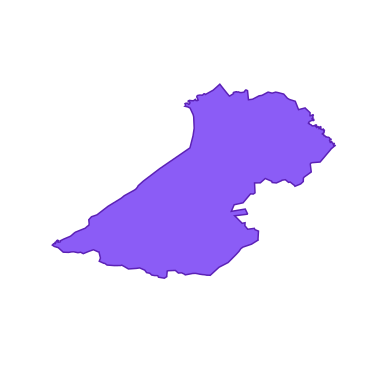 the district of Jakusko, Yobe, Nigeria, rotated 61°
{"feature_id": "59680162B40329870656537", "entity_name": "Jakusko", "entity_type": "district", "adm_level": 2, "iso_a3": "NGA", "parent_name": "Nigeria", "parent_adm1": "Yobe", "projection": "equal_earth", "projection_center": [10.871, 12.419], "detail": "fine", "context": "isolated", "style": "filled", "palette": "violet", "viewbox_px": 384, "rotation_deg": 61, "n_neighbors": 0, "source": "geoboundaries", "source_scale": "gbopen_adm2", "svg_char_len": 5848}
<svg xmlns="http://www.w3.org/2000/svg" viewBox="0 0 384 384"><g transform="rotate(61 192 192)"><path d="M273.7,216.4L270.9,204.8L271.2,194.6L268.0,183.6L266.7,179.7L265.2,176.7L264.9,174.1L266.5,165.2L266.1,157.4L265.5,157.3L258.4,152.8L257.3,153.7L255.6,155.1L254.9,155.2L254.0,155.1L251.6,161.3L247.1,162.1L244.6,160.5L243.7,163.3L233.5,166.2L238.2,154.5L237.9,154.0L232.7,153.7L228.0,167.0L223.6,161.3L226.2,152.6L222.0,141.7L223.5,139.4L223.3,137.3L214.4,132.9L217.1,127.8L217.0,127.2L215.7,121.4L221.2,117.1L222.6,117.3L225.0,113.8L225.5,108.1L225.3,107.6L226.5,104.4L230.4,102.9L230.9,101.3L236.0,99.2L236.9,99.2L237.6,93.5L237.6,92.8L236.8,89.6L233.8,87.8L233.3,86.5L232.3,78.0L224.9,75.0L224.4,74.3L224.5,73.0L224.7,72.5L227.9,65.4L222.0,49.9L221.8,49.7L221.0,45.6L220.9,45.1L220.9,44.6L220.7,44.3L220.4,44.6L220.3,45.0L220.3,45.3L220.4,45.5L220.1,45.6L219.8,45.3L219.5,45.1L219.2,45.1L219.0,45.3L218.7,45.3L218.8,44.9L218.9,44.5L218.8,44.2L218.6,44.1L218.3,44.2L218.2,44.6L218.0,44.9L218.0,45.1L217.5,45.3L217.0,45.5L216.4,45.4L215.7,45.4L215.3,45.5L215.2,45.7L215.5,46.0L215.7,46.3L215.9,46.5L215.9,46.8L215.8,47.0L214.8,46.9L214.2,46.7L213.5,46.7L213.3,46.5L213.2,46.1L213.2,45.8L213.2,45.5L213.3,45.3L213.4,45.0L213.3,44.8L213.0,44.9L212.9,45.2L212.7,45.5L212.3,45.6L211.7,45.5L211.0,45.6L210.2,46.2L209.9,46.7L209.5,47.3L208.9,47.7L208.5,48.3L208.0,48.3L207.6,48.4L207.3,48.7L207.1,48.8L206.9,49.1L206.6,49.3L206.3,49.2L206.1,49.0L205.6,49.0L205.3,49.3L205.1,49.1L204.8,49.1L204.6,49.4L204.4,49.8L204.1,49.6L204.2,49.2L204.2,48.8L204.1,48.5L204.1,48.2L204.2,47.9L204.0,47.7L203.7,47.6L203.5,47.3L203.3,47.1L203.1,47.0L202.8,47.2L202.4,47.1L202.2,46.9L202.2,46.6L202.1,46.3L201.7,46.4L201.5,46.7L201.2,46.9L200.8,46.9L200.6,46.8L200.5,47.4L200.5,47.8L200.6,48.0L200.0,48.4L199.1,49.1L198.9,48.9L198.9,48.6L198.8,48.4L198.6,48.3L198.4,48.7L198.3,49.1L198.2,49.4L198.0,48.8L197.9,48.4L197.8,48.0L197.6,47.8L197.4,47.7L197.2,47.8L197.2,48.3L197.1,48.8L196.9,49.2L196.8,49.7L196.9,50.1L196.5,50.2L196.5,49.9L196.2,49.9L196.0,50.0L195.9,50.5L195.9,51.0L196.0,51.2L196.1,51.6L195.6,51.7L195.0,52.0L194.3,52.0L194.1,51.9L194.0,51.6L194.2,51.3L194.5,51.3L194.5,50.9L194.2,50.8L193.7,50.7L193.4,51.2L193.2,51.5L193.2,52.0L193.3,52.3L193.4,52.7L193.4,53.2L193.1,53.6L192.8,53.9L192.7,54.4L192.5,54.8L192.0,55.0L191.7,55.2L191.1,55.2L190.8,55.4L190.4,55.7L190.2,55.9L189.9,56.2L189.5,56.2L189.0,56.3L188.8,56.6L188.6,56.9L188.3,56.9L188.0,56.5L187.6,56.1L187.5,55.6L187.6,55.2L187.5,54.8L187.3,54.5L187.5,52.6L187.5,52.2L187.8,51.9L188.1,51.6L188.3,51.4L188.4,51.0L188.4,50.7L188.2,50.5L187.9,50.6L187.6,50.4L187.2,50.3L187.0,50.5L186.9,50.9L186.8,51.3L186.8,51.5L186.2,51.5L185.9,51.3L185.8,50.8L185.7,50.4L185.4,50.0L184.7,49.8L184.3,49.5L183.9,49.3L183.8,49.2L183.7,48.7L183.4,48.6L183.1,48.7L183.0,49.0L182.9,49.6L182.9,49.9L183.0,50.5L182.9,50.9L182.8,51.3L182.5,51.8L179.9,50.3L176.0,51.5L174.5,52.0L173.3,52.3L171.6,58.9L170.3,58.7L162.7,57.7L158.3,61.9L156.3,63.1L150.8,64.3L146.8,68.5L145.2,70.4L144.4,74.0L141.6,76.9L141.5,77.1L141.4,83.9L141.3,84.2L140.4,86.7L140.2,94.1L139.0,97.1L138.7,97.9L130.3,94.3L129.8,94.6L129.2,95.0L128.8,95.7L129.1,96.5L129.4,97.2L129.7,97.6L129.8,98.0L129.6,98.9L129.3,99.7L129.0,100.5L128.6,101.2L128.3,101.7L127.9,102.2L127.3,102.5L126.8,103.1L126.5,104.0L126.2,104.3L125.9,104.4L125.6,105.1L125.5,105.5L125.3,106.3L125.1,106.9L125.1,107.5L125.3,107.8L125.8,107.9L126.1,108.0L126.1,108.7L126.2,109.5L126.2,110.7L126.3,111.5L126.2,112.8L122.7,113.5L117.5,114.4L111.2,115.4L113.2,124.1L113.2,133.0L112.7,133.1L112.3,133.3L112.0,133.7L111.9,134.2L112.1,134.9L112.3,135.5L112.3,136.0L112.2,136.4L111.8,136.8L111.5,137.3L111.1,138.0L110.9,138.5L110.7,139.0L110.5,139.6L110.3,140.2L110.4,140.8L110.6,141.3L111.0,141.6L111.4,141.8L111.8,141.8L112.3,141.7L112.7,141.7L113.2,141.9L113.6,142.0L114.0,142.1L114.3,142.0L114.6,142.0L114.7,142.7L114.5,143.3L114.2,143.8L113.9,144.2L113.6,144.3L113.2,144.1L112.7,144.0L112.6,144.5L112.7,145.0L112.8,145.6L112.9,146.3L112.6,147.0L112.0,147.9L111.4,148.8L110.7,149.6L110.6,150.2L110.5,150.9L110.6,151.3L110.9,151.4L111.3,151.4L111.6,151.1L111.9,150.7L112.2,150.5L112.6,150.4L112.9,150.5L113.3,150.9L113.6,151.3L113.8,151.9L113.6,152.5L113.1,152.7L112.5,152.7L112.1,153.0L111.7,153.6L111.6,154.2L111.3,154.6L111.3,155.0L111.4,155.4L111.8,155.3L112.2,155.3L112.5,155.4L113.0,155.7L113.5,156.0L113.6,156.6L115.5,154.5L117.7,153.0L124.9,153.5L127.1,154.1L137.3,159.2L143.4,163.9L152.4,172.4L155.9,208.9L158.9,229.5L160.4,236.0L161.2,237.2L162.0,239.0L162.3,240.3L162.4,241.4L162.4,248.9L162.4,253.1L163.1,256.8L163.8,272.4L165.9,286.2L164.9,291.9L166.2,295.7L170.0,297.4L171.0,298.3L171.1,298.6L171.3,300.4L171.9,302.9L170.6,313.4L170.8,315.0L171.6,318.8L171.7,319.4L171.7,320.4L171.0,326.8L170.8,330.8L171.3,330.9L171.7,331.3L171.6,331.9L171.3,332.9L170.9,333.5L170.7,333.6L170.3,333.3L170.0,332.8L170.0,332.6L169.9,332.4L169.6,332.5L169.1,332.8L168.9,333.1L169.0,333.5L169.0,333.8L169.4,334.6L169.7,334.9L169.7,336.1L170.3,335.9L170.8,336.4L170.9,336.7L170.8,336.9L170.3,337.6L170.2,337.8L170.2,338.4L170.4,338.8L170.6,339.4L170.7,339.9L172.8,338.9L175.8,336.0L182.2,333.8L185.0,329.2L186.0,326.3L186.9,324.5L189.8,321.2L190.7,318.6L193.2,317.0L193.9,311.1L194.7,306.2L199.0,303.0L199.3,302.4L201.3,303.0L205.4,304.1L207.6,306.7L211.6,303.7L212.1,302.9L214.7,301.7L218.8,295.5L218.8,295.4L221.7,290.1L221.9,288.9L224.6,287.2L228.5,284.9L231.8,277.8L232.3,276.5L233.0,274.6L237.5,271.2L240.5,270.8L242.6,268.3L245.1,267.5L247.0,265.2L248.3,262.9L248.8,262.5L249.8,262.6L250.3,262.6L254.0,257.9L253.8,255.1L252.6,254.4L249.1,252.0L249.4,250.8L252.5,244.6L256.3,243.2L257.6,240.3L260.3,238.4L261.2,238.1L263.6,230.8L265.0,228.2L266.3,226.6L267.7,225.0L269.3,222.9L270.4,221.2L271.9,219.4L273.6,216.5L273.7,216.4Z" fill="#8b5cf6" stroke="#5b21b6" stroke-width="1.5"/></g></svg>